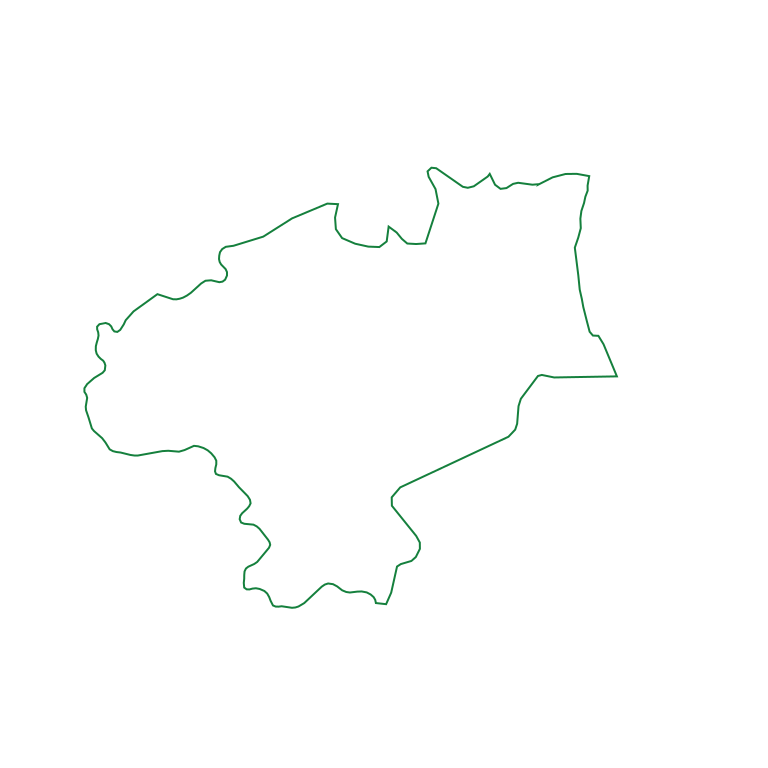 SVG path tracing the border of Aude, rotated 332°
{"feature_id": "FRA-5271", "entity_name": "Aude", "entity_type": "Metropolitan department", "adm_level": 1, "iso_a3": "FRA", "parent_name": "France", "parent_adm1": "", "projection": "albers", "projection_center": [2.266, 43.047], "detail": "fine", "context": "isolated", "style": "outline", "palette": "green", "viewbox_px": 768, "rotation_deg": 332, "n_neighbors": 0, "source": "natural_earth", "source_scale": "10m", "svg_char_len": 2962}
<svg xmlns="http://www.w3.org/2000/svg" viewBox="0 0 768 768"><g transform="rotate(332 384 384)"><path d="M662.8,296.8L656.9,304.4L654.6,308.9L649.7,313.2L645.6,318.1L639.5,323.9L635.0,330.2L630.9,338.8L624.3,345.9L616.5,353.2L613.0,362.4L610.1,370.0L606.6,379.2L601.1,392.6L598.6,401.8L596.1,409.6L592.6,423.8L590.1,434.4L591.2,439.3L595.9,442.1L596.5,451.9L593.7,481.6L593.2,486.6L537.3,458.1L527.6,450.1L523.7,449.2L497.9,461.3L492.4,466.7L482.9,481.6L478.4,485.9L469.1,489.0L349.8,482.9L337.6,487.7L333.8,495.2L341.1,533.3L341.2,540.8L338.3,546.4L330.9,551.7L325.1,553.1L314.3,550.9L309.8,551.3L292.4,571.6L282.5,579.4L274.0,573.6L274.1,573.3L274.9,570.5L274.8,567.3L273.4,563.6L270.9,559.9L266.9,556.7L263.0,554.8L256.0,552.1L253.0,549.9L250.2,546.5L247.6,540.7L245.0,536.8L241.0,533.9L237.6,533.3L233.9,533.7L210.7,540.0L204.0,540.3L200.8,539.7L197.7,538.4L189.3,532.2L186.4,531.1L183.9,529.7L182.0,527.4L182.1,522.2L182.6,518.3L182.5,514.2L181.2,510.6L178.0,506.6L175.0,504.2L171.8,502.9L168.7,502.2L166.3,500.8L165.0,498.1L166.8,493.8L169.1,490.4L170.9,487.1L172.9,484.0L175.5,482.1L178.4,481.6L184.9,482.0L188.5,481.6L205.6,474.6L208.0,472.6L208.7,470.0L208.5,467.0L206.1,453.4L204.8,450.0L202.7,446.9L195.0,441.8L192.8,439.2L193.1,435.6L195.2,432.9L198.1,431.5L204.7,429.8L207.6,428.6L210.2,426.7L211.3,423.3L211.0,419.0L207.5,407.1L205.9,399.7L204.5,395.9L202.4,392.4L195.5,387.1L193.4,384.5L193.8,381.8L195.7,379.0L198.2,376.2L199.9,373.0L200.0,369.2L198.9,364.1L197.2,359.8L194.6,355.8L190.7,351.8L187.2,349.4L176.9,348.7L171.2,347.5L162.2,341.7L156.8,339.2L133.1,331.6L130.1,330.0L126.8,327.6L119.2,320.8L115.9,318.5L113.1,316.0L111.1,312.9L110.6,304.9L109.7,299.5L105.9,289.5L105.2,286.1L107.4,274.8L108.6,267.3L110.0,264.0L115.4,256.9L116.1,253.6L115.8,250.3L117.5,247.1L121.9,244.7L130.9,242.6L140.8,242.0L143.9,240.8L146.7,236.8L147.2,233.9L147.0,231.6L145.7,228.8L144.8,225.8L144.5,222.3L145.4,218.8L147.3,215.4L149.8,212.6L152.5,209.9L154.7,207.2L155.9,204.2L156.4,201.1L157.6,198.7L160.8,197.6L166.8,199.4L169.3,202.1L170.2,205.1L170.0,208.2L170.6,211.0L173.0,212.8L176.5,212.4L182.2,209.2L185.9,206.4L197.0,202.3L226.1,198.3L237.5,210.1L240.5,211.8L243.7,212.8L247.1,213.4L251.5,213.4L256.3,212.8L269.7,209.4L274.8,209.0L280.1,211.3L286.4,216.8L289.5,217.8L292.7,217.3L296.3,214.5L297.9,211.5L298.1,208.2L296.3,202.0L296.2,199.1L297.0,196.2L298.8,193.3L301.1,190.6L304.5,188.9L308.7,188.6L316.0,191.3L346.6,197.2L380.6,194.6L418.6,198.1L427.8,203.6L418.9,214.1L414.2,224.7L415.5,235.5L424.4,246.6L434.6,255.3L444.2,260.9L453.3,259.4L462.0,247.2L466.3,256.2L467.9,264.2L470.5,270.9L478.1,275.5L486.6,279.3L516.7,250.3L521.0,236.1L520.7,222.0L522.3,216.7L527.4,215.3L531.4,218.0L546.2,246.9L550.1,250.1L556.1,251.6L573.0,249.5L576.0,248.1L575.6,260.2L578.5,266.4L584.1,268.5L591.9,267.9L596.9,269.3L608.6,277.7L614.4,280.2L614.1,280.4L629.9,280.7L642.9,283.8L652.8,288.9L662.8,296.8Z" fill="none" stroke="#15803d" stroke-width="2"/></g></svg>